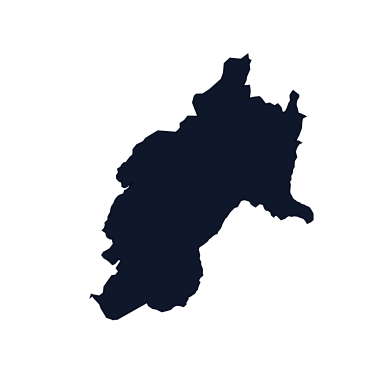 Iguaracy, Pernambuco, Brazil, rotated 147°
{"feature_id": "56859067B60257511130635", "entity_name": "Iguaracy", "entity_type": "district", "adm_level": 2, "iso_a3": "BRA", "parent_name": "Brazil", "parent_adm1": "Pernambuco", "projection": "albers", "projection_center": [-37.408, -7.849], "detail": "fine", "context": "isolated", "style": "filled", "palette": "ink", "viewbox_px": 384, "rotation_deg": 147, "n_neighbors": 0, "source": "geoboundaries", "source_scale": "gbopen_adm2", "svg_char_len": 3186}
<svg xmlns="http://www.w3.org/2000/svg" viewBox="0 0 384 384"><g transform="rotate(147 192 192)"><path d="M331.0,159.3L331.8,157.1L330.3,148.1L331.3,144.2L331.7,133.4L329.1,130.2L327.6,128.0L325.7,127.4L324.2,126.2L289.5,124.0L290.2,120.5L288.3,115.9L285.4,113.3L282.4,108.2L278.8,106.9L274.0,105.4L270.1,106.1L267.3,105.8L265.4,104.9L263.7,103.4L261.4,100.7L258.5,101.2L257.1,103.1L253.8,104.5L252.6,106.3L250.0,105.7L244.5,105.9L242.9,107.0L240.9,107.4L238.5,109.6L234.8,112.1L235.1,114.4L231.8,116.1L228.5,116.4L227.5,119.0L226.2,120.4L225.2,122.7L224.9,124.6L224.4,126.7L223.0,128.7L222.8,132.0L220.2,134.9L219.2,137.7L218.3,140.5L216.1,142.2L211.1,142.2L205.8,142.7L203.5,143.8L201.1,143.8L199.2,144.2L195.7,144.4L193.8,143.7L191.8,145.2L189.3,145.9L186.9,147.0L184.2,149.1L181.0,150.9L178.9,152.1L176.7,152.4L171.1,154.8L164.8,156.2L162.0,155.2L156.1,158.3L153.9,158.0L151.7,156.9L148.4,152.9L148.7,149.8L147.8,147.1L146.7,145.1L141.8,145.8L138.8,142.8L139.8,139.0L139.7,136.7L137.8,135.0L136.8,132.1L137.7,129.2L136.9,126.7L134.9,127.5L133.4,126.4L132.7,122.9L132.2,120.4L128.5,119.6L125.5,119.9L123.4,119.7L121.8,117.6L119.3,116.7L116.5,114.4L115.2,112.5L112.5,108.9L112.1,106.1L112.3,103.1L108.5,102.6L105.7,103.0L102.5,108.1L102.3,112.3L102.4,115.2L104.0,117.3L105.3,119.9L107.4,122.3L107.8,124.1L109.2,125.7L111.3,130.9L111.0,134.4L110.8,137.1L110.3,139.0L105.8,144.6L104.8,147.7L102.3,148.8L100.5,152.1L98.0,153.2L96.4,155.0L95.2,156.4L92.7,157.7L91.3,160.0L89.3,162.5L85.3,164.4L83.6,169.8L79.5,172.8L76.1,174.3L73.7,173.9L75.0,176.5L77.5,178.4L71.6,181.7L65.4,186.3L64.4,187.8L62.4,190.5L59.2,194.0L55.6,193.6L58.0,197.5L60.2,200.3L58.6,204.4L57.8,207.6L56.7,209.5L54.2,212.2L50.9,213.7L49.9,215.3L52.1,221.8L54.9,220.7L57.2,219.3L59.5,214.7L62.3,213.5L66.4,210.3L69.8,208.3L73.2,209.2L71.5,214.1L72.1,219.0L75.9,219.0L77.6,222.3L78.6,224.1L82.5,225.6L83.1,233.0L83.7,235.1L88.9,237.7L93.2,239.2L88.3,245.2L86.0,250.1L91.5,253.0L85.7,256.7L83.7,259.1L76.9,263.7L74.6,268.3L71.2,270.4L72.4,272.9L70.4,277.0L78.7,276.4L87.3,283.3L94.7,282.1L100.5,274.7L105.9,270.5L121.7,268.1L129.7,268.1L135.3,271.5L137.7,271.0L142.6,266.6L144.0,260.2L145.7,251.9L154.3,257.7L159.4,255.9L164.4,255.9L166.7,252.1L170.1,251.0L173.2,250.7L178.0,254.4L180.6,256.4L187.4,261.6L201.6,262.1L205.4,260.6L212.6,261.5L218.0,259.7L221.2,255.2L224.4,254.9L228.2,253.6L231.3,252.4L233.4,253.4L235.9,252.8L238.3,251.5L241.6,251.7L243.0,248.1L246.1,246.9L247.6,244.3L247.1,240.9L245.5,238.9L246.2,236.9L247.5,234.8L246.5,232.9L244.3,232.1L241.1,232.5L238.4,232.3L242.7,229.6L245.8,229.3L247.7,229.7L250.3,227.5L255.3,228.6L258.4,228.0L261.0,226.8L263.8,224.8L267.0,223.5L269.0,221.9L271.0,219.5L275.7,216.9L277.5,214.2L281.6,213.4L282.4,211.5L284.9,209.3L287.8,208.5L286.2,204.9L287.2,202.5L287.5,200.3L286.4,197.9L284.1,195.6L285.2,193.8L285.9,191.2L291.6,189.0L297.2,189.2L298.9,189.5L301.8,188.1L301.6,184.9L300.1,181.9L299.1,179.2L298.1,174.6L295.7,174.2L290.2,175.8L288.3,173.1L296.8,169.3L296.5,165.3L301.3,163.6L304.8,165.3L317.2,160.3L321.2,155.4L323.4,155.2L326.6,155.1L331.0,159.3ZM334.1,159.2L331.0,159.3L332.1,160.8L334.1,159.2Z" fill="#0f172a" stroke="#020617" stroke-width="1.5"/></g></svg>